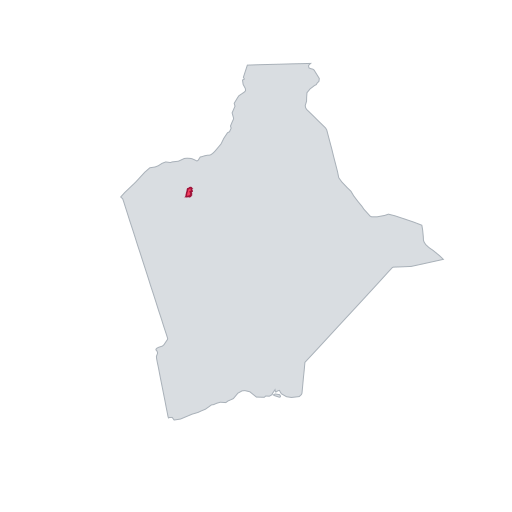 Kapseret, Rift Valley, Kenya shown in context, rotated 43°
{"feature_id": "3690345B11020389245436", "entity_name": "Kapseret", "entity_type": "district", "adm_level": 2, "iso_a3": "KEN", "parent_name": "Kenya", "parent_adm1": "Rift Valley", "projection": "orthographic", "projection_center": [35.238, 0.421], "detail": "fine", "context": "in_parent", "style": "filled", "palette": "rose", "viewbox_px": 512, "rotation_deg": 43, "n_neighbors": 0, "source": "geoboundaries", "source_scale": "gbopen_adm2", "svg_char_len": 4620}
<svg xmlns="http://www.w3.org/2000/svg" viewBox="0 0 512 512"><g transform="rotate(43 256 256)"><path d="M116.8,305.1L116.7,299.2L117.6,284.0L117.5,270.6L118.2,263.9L121.5,259.7L123.0,256.6L124.1,252.3L125.8,248.8L129.7,246.0L130.5,244.4L134.6,239.6L137.1,233.5L139.0,231.4L141.3,229.5L142.9,228.5L145.7,227.5L147.8,226.9L148.2,226.4L148.4,225.4L147.7,221.6L148.6,220.4L150.0,217.9L151.7,215.5L153.2,214.0L154.0,212.5L154.4,209.8L154.5,207.9L154.4,204.8L154.0,197.8L152.2,191.9L151.1,185.3L151.9,183.2L150.6,179.3L149.9,179.1L148.7,178.3L147.3,174.6L146.2,171.3L145.6,170.5L140.9,167.6L138.5,160.8L135.9,159.2L134.5,152.5L134.2,150.5L135.7,143.8L135.6,142.2L134.0,140.8L129.6,139.3L126.1,136.5L126.5,135.6L126.8,134.5L124.9,133.9L119.5,122.3L126.5,115.3L133.6,108.3L142.7,99.4L151.0,91.2L158.2,84.2L164.6,77.9L164.5,79.1L164.5,80.7L165.3,81.6L166.6,82.3L168.4,81.6L170.1,80.6L171.6,80.4L181.2,83.0L182.9,85.3L182.8,87.8L183.2,89.6L182.5,91.4L181.6,96.8L181.9,101.8L184.8,105.4L187.4,108.3L189.4,112.4L190.9,113.6L193.0,114.3L199.7,114.4L209.5,114.7L218.9,114.9L219.8,115.0L221.8,115.6L230.5,121.1L238.5,126.1L245.2,130.5L251.8,134.7L258.2,138.8L263.1,142.3L268.0,143.3L275.9,143.8L281.3,143.9L286.4,145.4L293.9,146.7L299.5,147.4L302.9,148.2L312.3,149.0L313.8,148.5L317.9,144.7L322.5,138.5L324.3,135.1L330.3,131.8L340.8,127.0L348.1,123.7L356.3,120.4L360.1,123.3L365.3,127.9L367.6,130.2L369.5,131.2L372.3,131.9L375.7,131.9L377.5,131.8L381.3,131.2L390.2,130.6L395.3,130.7L391.1,136.8L386.0,144.2L376.6,157.8L369.5,165.0L364.1,170.4L363.6,171.4L363.6,177.4L363.8,192.2L364.0,221.7L364.1,251.2L364.3,280.7L364.3,295.5L364.3,300.4L369.1,306.6L373.7,312.7L379.9,320.7L383.2,325.0L383.7,326.4L383.5,329.3L378.4,335.3L374.3,338.1L368.7,339.4L367.0,339.1L364.8,338.3L363.9,339.7L363.3,342.0L362.0,341.5L361.1,340.8L361.7,344.8L362.2,346.8L361.4,349.4L358.6,351.8L358.4,353.7L352.5,358.9L344.1,359.5L339.7,362.0L337.8,364.1L336.3,368.7L336.7,375.7L334.4,381.1L333.9,383.8L329.6,387.3L327.7,390.5L326.3,393.7L325.0,395.2L323.5,402.5L321.5,406.9L320.9,408.4L320.4,409.7L318.9,412.3L317.8,414.1L317.1,415.3L312.0,426.7L308.0,431.8L304.8,431.2L302.8,433.2L302.5,434.1L301.4,433.6L298.8,431.7L293.5,427.9L288.2,424.0L282.9,420.2L277.5,416.3L272.2,412.5L266.8,408.6L261.5,404.7L256.1,400.9L253.0,398.6L251.6,397.3L250.5,394.6L250.0,393.9L248.6,393.1L246.9,392.9L246.4,392.4L246.4,391.1L247.0,389.3L249.0,385.7L249.2,383.6L248.8,381.3L248.2,377.5L247.7,376.6L244.2,374.6L236.7,370.5L229.3,366.3L221.8,362.2L214.4,358.0L206.9,353.8L199.4,349.7L192.0,345.5L184.5,341.3L177.1,337.2L169.6,333.0L162.1,328.9L154.7,324.7L147.2,320.5L139.7,316.4L132.3,312.2L124.8,308.0L122.0,306.4L119.5,305.1L116.8,305.1ZM364.7,345.5L363.4,345.8L364.1,343.8L367.9,341.3L369.5,341.8L369.8,342.4L369.7,343.0L369.1,343.5L364.7,345.5Z" fill="#d9dde1" stroke="#a8b0b8" stroke-width="1"/><path d="M165.1,252.1L164.9,252.1L164.7,251.9L164.5,252.0L164.4,252.0L164.3,251.9L164.2,251.9L164.0,251.7L163.9,251.7L163.9,251.8L163.8,251.7L163.7,251.7L163.6,251.4L163.4,251.3L163.4,251.2L163.4,251.3L163.3,251.2L163.2,251.2L163.2,250.9L163.1,251.0L163.0,250.9L162.9,250.9L162.8,250.7L162.7,250.7L162.6,250.4L162.4,250.2L162.2,250.2L162.2,250.3L161.9,250.4L161.9,250.5L161.7,250.5L161.4,250.6L161.4,250.8L161.2,250.9L161.0,251.1L160.9,251.4L160.9,251.5L160.9,251.8L160.9,252.0L160.8,252.3L160.8,252.5L160.7,252.5L160.6,252.9L160.5,253.0L160.4,253.1L160.3,253.3L160.2,253.4L160.2,253.5L160.3,253.6L160.4,253.8L160.5,254.0L160.6,254.3L160.8,254.4L160.8,254.5L161.0,254.7L161.0,254.8L161.1,255.0L161.3,255.2L161.4,255.3L161.5,255.4L161.5,255.5L161.6,255.8L161.7,256.0L161.8,256.0L161.9,256.3L162.0,256.6L162.1,256.8L162.2,257.0L162.3,257.2L162.4,257.3L162.6,257.6L162.7,257.8L162.8,257.9L162.9,258.1L163.0,258.3L163.1,258.5L163.3,258.8L163.4,259.0L163.6,259.2L163.7,259.4L163.8,259.5L164.0,259.8L164.1,260.0L164.3,260.2L164.3,260.3L164.4,260.2L164.5,260.1L164.6,259.9L164.8,260.0L165.0,259.9L165.0,259.7L165.0,259.4L165.2,259.2L165.4,259.0L165.7,259.0L165.9,258.7L166.0,258.2L166.2,257.8L166.2,257.7L166.3,257.6L166.4,257.8L166.5,257.9L166.5,258.0L166.8,258.1L166.9,257.9L167.0,257.9L167.2,257.7L167.3,257.3L167.4,257.0L167.1,256.8L166.9,256.7L167.0,256.5L167.2,256.3L167.2,256.2L167.1,256.3L166.9,256.3L166.7,256.4L166.5,256.1L166.6,255.8L166.7,255.5L166.4,255.5L166.1,254.9L166.2,254.6L166.3,254.4L166.0,254.2L165.7,254.1L165.6,254.3L165.5,254.5L165.2,254.4L165.2,254.2L164.9,253.9L164.5,253.8L164.4,254.0L164.2,254.0L164.0,253.9L164.7,252.7L164.6,252.4L164.8,252.4L165.0,252.7L165.2,252.3L165.2,252.2L165.1,252.1Z" fill="#f43f5e" stroke="#9f1239" stroke-width="1.5"/></g></svg>